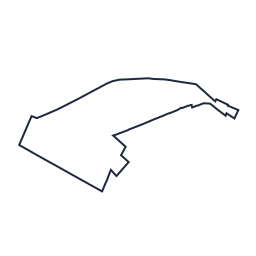 Allende, Coahuila, Mexico, rotated 25°
{"feature_id": "50627088B35407667926695", "entity_name": "Allende", "entity_type": "district", "adm_level": 2, "iso_a3": "MEX", "parent_name": "Mexico", "parent_adm1": "Coahuila", "projection": "robinson", "projection_center": [-100.857, 28.286], "detail": "fine", "context": "isolated", "style": "outline", "palette": "slate", "viewbox_px": 256, "rotation_deg": 25, "n_neighbors": 0, "source": "geoboundaries", "source_scale": "gbopen_adm2", "svg_char_len": 1803}
<svg xmlns="http://www.w3.org/2000/svg" viewBox="0 0 256 256"><g transform="rotate(25 128 128)"><path d="M220.4,65.1L210.7,65.5L208.9,65.6L208.8,64.7L200.6,64.6L196.1,64.6L195.9,64.6L195.7,67.0L191.4,65.7L185.8,64.0L185.2,63.8L179.5,62.1L178.7,61.8L178.4,61.8L175.6,60.9L172.9,60.1L171.2,59.6L164.4,61.5L163.9,61.7L157.9,63.5L151.7,65.3L148.2,66.2L147.1,66.5L140.0,68.7L139.4,69.0L135.4,70.7L133.4,71.5L130.6,72.7L125.3,74.4L124.3,75.0L123.2,75.5L122.4,75.9L121.7,76.3L120.8,76.8L119.8,77.3L105.1,85.1L100.0,87.7L94.3,92.0L89.9,96.8L84.2,104.5L82.1,107.2L70.3,123.0L66.6,127.7L56.6,140.5L48.7,149.4L44.9,153.6L41.1,157.6L35.6,158.0L36.1,175.4L36.4,184.1L36.6,189.4L56.5,191.0L62.3,191.4L66.0,191.7L78.9,192.6L85.6,193.1L85.8,193.1L91.0,193.5L96.3,193.9L100.7,194.2L108.6,194.8L110.7,194.9L115.9,195.3L116.0,195.3L116.7,195.4L118.8,195.5L124.2,195.9L130.9,196.4L131.3,196.4L130.9,186.0L131.0,184.4L130.6,180.1L130.2,173.2L137.8,176.4L138.6,173.8L143.0,158.6L139.4,157.5L133.2,155.6L133.4,153.2L133.8,146.0L126.3,143.7L124.6,143.2L123.7,142.9L123.0,142.7L122.6,142.6L122.1,142.4L121.3,142.2L120.7,142.0L118.5,141.3L117.8,141.1L119.3,139.7L129.0,129.8L129.5,128.9L140.0,118.0L148.4,108.6L148.7,108.4L149.8,107.2L150.8,106.2L151.9,105.0L152.7,104.2L153.0,103.8L154.4,102.3L154.5,102.3L154.5,102.2L157.5,98.8L159.0,97.3L159.4,97.1L161.1,95.3L161.3,95.1L162.6,93.7L165.5,90.5L167.5,87.3L168.8,87.0L168.8,86.8L170.1,85.5L172.0,83.5L172.1,83.4L172.5,83.0L173.0,82.5L173.5,82.2L174.6,81.2L175.2,80.7L175.9,80.2L177.5,82.3L178.3,81.5L178.9,80.9L179.7,80.1L179.8,79.8L180.0,79.6L180.6,79.0L182.2,77.8L183.5,76.3L184.4,75.4L184.8,75.0L186.2,73.6L190.6,71.8L191.0,71.6L192.0,71.3L192.3,71.3L195.5,72.0L200.9,73.4L211.3,75.6L211.1,73.0L220.4,74.4L220.4,65.1Z" fill="none" stroke="#1e293b" stroke-width="2"/></g></svg>